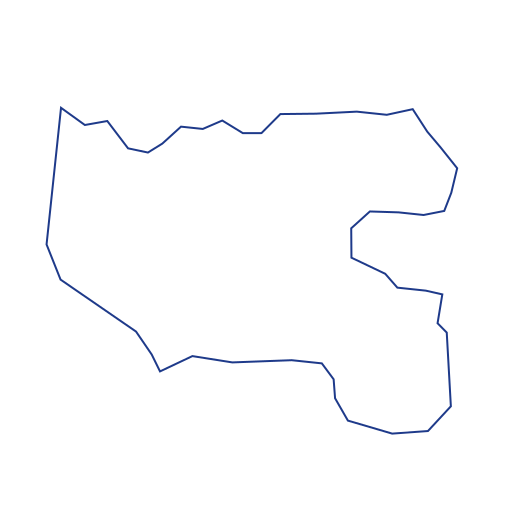 outline of Rabat, rotated 6°
{"feature_id": "MLT-5923", "entity_name": "Rabat", "entity_type": "state/province", "adm_level": 1, "iso_a3": "MLT", "parent_name": "Malta", "parent_adm1": "", "projection": "natural_earth1", "projection_center": [14.386, 35.882], "detail": "fine", "context": "isolated", "style": "outline", "palette": "blue", "viewbox_px": 512, "rotation_deg": 6, "n_neighbors": 0, "source": "natural_earth", "source_scale": "10m", "svg_char_len": 734}
<svg xmlns="http://www.w3.org/2000/svg" viewBox="0 0 512 512"><g transform="rotate(6 256 256)"><path d="M172.6,380.8L162.6,364.9L144.6,343.7L64.1,299.9L46.5,266.4L46.6,129.0L72.1,143.6L94.0,137.3L117.5,162.3L137.7,164.4L151.1,154.0L167.9,135.2L189.8,135.2L208.3,124.8L230.1,135.2L248.6,133.2L265.4,112.3L300.7,108.2L341.1,101.9L371.3,101.9L396.5,93.6L413.3,114.4L428.5,129.0L446.9,147.7L443.6,172.7L438.5,191.5L418.4,197.7L393.2,197.7L364.6,199.8L347.8,218.5L351.1,247.7L386.4,260.2L399.9,272.7L428.5,272.7L445.3,274.7L443.6,303.9L453.7,312.2L465.5,385.1L445.3,412.1L410.0,418.4L364.6,410.1L349.5,389.2L346.1,370.5L332.7,355.9L302.4,355.9L243.6,364.3L203.2,362.2L172.6,380.8Z" fill="none" stroke="#1e3a8a" stroke-width="2"/></g></svg>